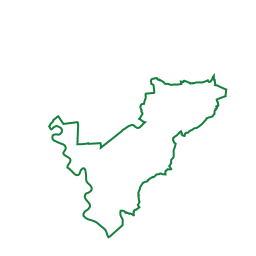 the district of Sangeorgiu De Mures, Mures, Romania, rotated 311°
{"feature_id": "2599482B98895625146940", "entity_name": "Sangeorgiu De Mures", "entity_type": "district", "adm_level": 2, "iso_a3": "ROU", "parent_name": "Romania", "parent_adm1": "Mures", "projection": "albers", "projection_center": [24.638, 46.59], "detail": "fine", "context": "isolated", "style": "outline", "palette": "green", "viewbox_px": 256, "rotation_deg": 311, "n_neighbors": 0, "source": "geoboundaries", "source_scale": "gbopen_adm2", "svg_char_len": 5785}
<svg xmlns="http://www.w3.org/2000/svg" viewBox="0 0 256 256"><g transform="rotate(311 128 128)"><path d="M221.5,176.9L220.4,173.8L219.2,169.6L218.9,168.3L218.6,167.4L217.5,165.6L218.2,165.4L218.5,165.1L218.6,164.7L221.3,161.7L221.2,161.4L220.8,161.4L221.0,161.0L223.7,158.5L222.0,158.7L220.6,159.3L218.7,159.7L217.1,159.7L215.9,159.0L215.9,158.7L216.0,158.0L216.1,157.4L216.3,156.9L215.6,156.7L211.6,154.6L211.5,154.3L210.4,153.5L209.8,152.5L206.8,149.3L205.6,148.8L205.3,148.6L204.7,147.6L204.2,147.7L203.3,146.7L203.0,145.7L202.5,145.7L202.5,145.1L202.2,144.1L200.7,139.6L200.1,139.1L199.9,139.1L199.3,139.7L199.0,139.7L198.7,139.4L198.3,138.5L197.7,137.4L197.5,137.7L197.3,138.0L196.3,139.4L194.4,137.9L192.6,136.2L191.2,134.3L189.9,133.4L188.6,131.8L187.9,130.3L187.8,129.6L187.3,128.9L186.1,127.6L185.5,126.7L185.5,126.3L185.8,125.9L186.0,125.4L185.9,124.5L185.7,122.7L185.5,121.9L185.3,121.5L184.9,121.0L184.9,120.9L185.2,120.7L185.3,120.5L185.2,120.0L184.9,119.6L184.5,119.5L184.3,119.4L184.1,118.6L184.2,117.9L184.5,117.6L184.3,117.4L184.4,117.2L184.4,116.7L183.6,116.2L183.1,115.5L182.1,115.1L181.1,114.1L180.7,113.9L179.2,114.0L178.9,114.3L178.4,114.6L177.7,115.5L177.0,116.2L176.6,116.6L177.2,118.7L176.6,119.7L174.6,121.9L172.2,124.4L171.6,124.6L166.1,119.4L165.5,118.9L164.4,119.6L163.6,120.5L162.1,121.8L159.9,122.5L157.9,123.5L156.7,124.2L155.3,122.9L154.3,122.6L153.7,122.7L153.0,123.2L152.2,123.3L151.9,123.5L151.5,124.0L150.2,126.8L150.0,127.0L149.4,127.0L149.1,127.3L149.0,128.2L148.8,128.8L148.3,129.6L146.9,130.0L146.2,130.0L143.7,130.5L142.2,130.4L142.6,132.0L142.6,133.8L142.8,135.3L143.6,137.1L141.0,136.7L139.4,136.8L136.5,136.5L135.8,136.3L134.6,135.5L134.1,134.9L133.7,132.9L133.7,130.2L133.4,129.5L132.2,128.5L129.6,127.1L128.0,126.8L126.5,126.3L125.6,126.2L123.7,125.5L121.2,125.3L108.2,122.9L95.2,120.4L96.7,119.3L98.1,117.9L98.5,117.2L90.9,109.4L90.1,108.5L90.3,107.8L89.8,107.7L87.5,105.7L87.1,105.2L86.3,104.6L82.5,100.5L95.3,90.2L97.0,89.0L98.9,86.9L99.3,86.1L88.7,76.6L91.1,67.7L90.3,67.4L84.8,66.4L84.5,66.6L84.4,66.9L84.0,67.1L82.7,67.1L79.8,66.9L79.1,67.2L78.7,67.5L77.5,67.4L76.6,70.1L76.5,70.9L77.4,71.3L79.6,71.4L80.5,71.7L80.8,71.9L81.6,72.1L82.3,72.5L82.9,73.3L83.3,74.4L83.7,75.7L84.0,77.4L83.8,78.3L83.4,79.1L82.7,79.8L81.6,80.6L80.4,80.8L79.1,80.7L78.3,80.5L77.5,80.1L77.1,79.7L76.6,78.6L76.2,78.0L74.9,76.9L73.7,76.2L72.8,76.2L72.2,76.4L71.0,77.4L70.5,78.0L70.2,78.8L70.0,79.6L70.1,80.6L71.1,84.2L72.3,87.8L73.1,89.8L73.3,90.8L73.3,91.7L73.2,92.3L72.4,93.8L71.7,94.4L70.7,94.9L67.0,95.4L66.6,95.8L66.2,96.2L66.0,96.8L65.9,97.6L65.9,98.2L66.6,101.9L66.8,103.5L66.7,104.4L66.4,105.1L65.8,105.8L64.8,106.4L63.9,106.7L60.0,107.2L59.4,107.5L58.6,108.0L58.4,108.4L58.5,109.0L58.7,110.2L58.7,110.9L58.2,117.8L58.3,119.0L58.7,120.0L59.3,120.8L60.0,121.3L61.1,121.5L62.8,121.1L64.5,120.3L66.0,120.1L67.6,120.3L68.5,120.9L68.7,121.3L68.7,122.0L68.4,123.0L67.8,124.0L64.9,127.3L61.5,130.4L60.7,131.5L60.3,132.6L60.1,133.5L59.9,137.2L59.6,138.5L59.2,139.5L58.5,140.3L57.7,140.9L56.4,141.3L54.9,141.1L53.3,140.6L51.3,139.5L50.5,139.4L49.3,139.6L48.3,140.0L47.6,140.7L47.0,141.7L46.4,143.2L46.2,145.1L45.6,148.2L45.3,149.2L44.7,150.0L44.0,150.6L43.1,151.0L41.1,151.3L39.5,151.0L37.0,150.3L35.6,150.3L34.0,150.7L32.8,151.7L32.5,152.5L32.4,153.5L32.3,154.8L32.8,157.4L34.3,160.7L35.7,164.3L36.2,166.8L36.2,172.4L36.4,175.1L36.3,177.3L35.8,178.9L35.2,180.2L34.0,182.1L33.2,183.7L32.7,184.9L34.5,185.5L51.1,187.7L55.3,184.2L55.6,183.8L55.7,183.4L56.7,180.7L57.2,179.8L58.0,178.7L58.6,178.1L60.7,176.7L62.4,178.7L62.6,179.1L62.7,180.5L62.6,181.2L62.4,181.7L62.7,181.9L62.7,182.1L62.8,182.1L62.9,181.8L63.3,182.0L63.4,183.1L64.0,184.2L64.1,185.4L64.9,185.7L65.6,187.9L65.6,189.4L66.1,189.6L66.3,189.4L66.5,188.9L67.1,188.1L68.0,187.9L68.3,187.6L68.6,187.4L68.8,186.9L69.0,186.9L69.5,187.1L70.2,186.8L70.7,186.8L71.3,187.4L71.4,187.7L72.3,187.8L75.6,188.7L75.9,187.9L75.9,187.1L76.4,185.9L77.1,185.9L77.6,185.8L78.7,185.3L79.6,185.3L80.2,184.6L80.5,184.0L81.2,183.0L82.7,181.6L83.4,180.4L83.9,180.1L84.6,180.2L84.9,179.4L85.7,178.4L87.4,177.7L89.5,177.1L90.2,176.5L91.7,175.9L93.1,175.7L93.6,175.7L94.1,175.5L95.5,175.5L95.8,175.5L96.0,175.3L96.5,175.3L97.8,175.9L99.2,176.7L100.0,177.4L100.7,177.4L101.4,177.6L101.5,177.4L101.7,177.2L102.2,177.5L103.8,177.6L106.5,178.5L107.2,178.7L107.2,179.2L107.6,179.6L108.1,179.6L109.3,179.9L111.1,179.8L111.3,180.0L111.7,180.1L112.5,180.7L113.2,181.5L114.0,181.9L114.4,181.9L115.2,182.6L115.3,183.2L115.8,184.4L117.5,186.8L117.9,186.5L117.9,186.2L118.5,185.6L120.4,184.5L120.7,184.5L121.2,185.0L122.4,184.8L122.7,184.9L123.1,185.1L123.3,185.4L123.5,185.9L124.0,186.6L124.4,186.8L124.9,187.5L125.3,187.6L125.4,187.4L125.8,186.3L126.2,184.2L127.6,184.0L128.3,183.8L129.7,183.8L131.4,182.1L132.7,181.5L134.9,181.6L135.8,181.4L136.5,181.1L137.4,180.4L141.2,177.0L143.2,176.3L146.7,174.7L147.5,174.2L147.3,173.6L147.3,172.9L147.3,172.5L147.6,171.8L148.2,170.5L148.5,169.9L148.8,169.6L149.6,169.2L149.8,168.7L151.4,168.8L154.7,169.7L157.1,169.8L159.5,169.9L160.2,170.1L159.8,170.8L159.6,171.6L159.4,172.2L158.5,172.3L158.3,172.8L158.3,174.1L158.5,174.3L158.5,174.8L159.1,175.9L161.2,174.8L162.1,174.8L162.4,174.9L163.5,176.1L164.0,176.4L165.8,176.4L166.5,176.6L169.2,177.8L170.6,178.0L171.1,178.2L172.7,179.5L173.5,179.9L174.6,180.3L178.3,181.1L180.3,181.3L184.6,181.3L185.8,181.5L186.2,181.3L186.7,180.9L186.8,180.9L188.8,182.0L191.5,183.9L192.5,184.2L193.5,183.9L195.2,184.1L197.5,182.3L198.8,182.0L199.6,181.6L199.8,181.8L199.9,182.2L200.9,182.1L201.5,181.9L202.2,181.5L201.8,181.1L202.1,180.5L203.4,180.9L204.0,181.5L204.3,181.5L205.6,179.7L206.3,179.0L206.5,178.7L206.4,178.1L207.6,176.3L211.4,178.1L216.0,180.8L216.6,180.2L217.1,179.8L218.2,179.2L221.5,176.9Z" fill="none" stroke="#15803d" stroke-width="2"/></g></svg>